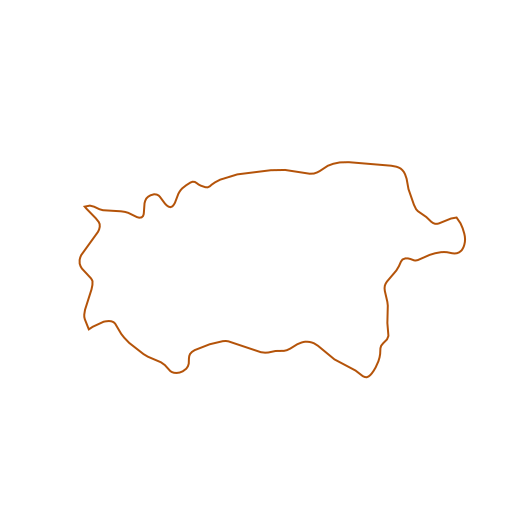 outline of Al Quassim, rotated 32°
{"feature_id": "SAU-846", "entity_name": "Al Quassim", "entity_type": "Region", "adm_level": 1, "iso_a3": "SAU", "parent_name": "Saudi Arabia", "parent_adm1": "", "projection": "mercator", "projection_center": [43.262, 25.97], "detail": "fine", "context": "isolated", "style": "outline", "palette": "amber", "viewbox_px": 512, "rotation_deg": 32, "n_neighbors": 0, "source": "natural_earth", "source_scale": "10m", "svg_char_len": 2680}
<svg xmlns="http://www.w3.org/2000/svg" viewBox="0 0 512 512"><g transform="rotate(32 256 256)"><path d="M405.7,117.1L412.1,119.9L416.6,123.0L420.7,126.6L422.7,128.7L424.4,131.0L425.7,133.4L426.6,135.8L427.2,138.1L427.4,140.1L427.4,141.8L427.4,142.1L427.0,143.5L426.3,145.3L425.0,147.1L423.0,148.7L420.7,149.8L415.9,151.6L413.4,153.0L410.9,154.7L406.4,158.8L402.7,163.0L395.4,173.7L393.7,175.3L392.5,175.9L388.6,176.7L386.2,177.5L384.0,178.8L382.1,181.3L381.9,183.9L382.6,188.9L382.7,193.9L380.6,208.3L380.6,210.7L381.0,212.9L382.1,215.2L383.8,217.4L391.7,225.3L394.1,228.3L402.9,243.2L410.5,253.4L410.7,253.9L411.3,257.3L410.1,262.5L409.7,265.7L410.4,268.3L413.2,273.3L414.5,276.5L415.6,280.5L416.5,287.1L416.6,291.0L416.4,294.2L416.0,296.5L415.3,298.5L414.1,300.2L412.3,301.0L410.2,301.3L401.1,300.4L377.3,302.1L356.1,299.3L351.4,299.3L349.1,299.8L347.0,300.5L345.0,301.5L343.3,302.5L342.0,303.6L340.5,305.2L337.8,308.9L334.1,316.4L332.1,319.5L330.0,321.6L322.9,326.2L317.6,331.3L315.1,333.1L311.1,335.0L277.8,343.0L275.4,344.1L273.0,345.8L263.5,355.4L253.9,368.3L252.5,371.3L252.0,374.0L252.4,376.2L253.4,378.4L256.0,382.9L256.7,385.6L256.6,388.5L255.0,392.6L253.0,395.3L250.6,397.3L248.3,398.5L246.2,399.0L244.3,399.0L236.5,396.8L231.7,396.5L217.6,398.7L212.6,398.8L194.5,396.9L187.5,395.1L183.0,393.5L172.4,388.0L170.3,387.6L168.0,388.0L165.7,389.1L163.0,391.2L161.6,392.5L155.0,402.6L153.1,406.8L144.3,400.3L142.7,398.7L141.4,396.7L139.5,392.2L134.2,371.5L132.6,367.2L130.8,364.2L130.7,364.0L129.5,363.2L127.9,362.4L115.0,358.9L112.7,357.7L110.5,355.9L108.5,352.8L107.7,350.3L107.3,347.9L109.2,319.3L108.9,316.7L108.0,314.0L106.5,311.8L104.6,310.5L100.1,308.9L87.0,305.7L84.6,304.9L88.4,301.3L92.5,300.0L98.4,299.3L101.9,298.3L117.9,289.6L121.6,288.0L124.8,287.1L134.4,286.1L136.7,285.4L138.5,283.9L139.0,282.1L138.7,280.4L138.1,279.0L133.5,270.3L132.8,267.9L132.5,265.4L133.1,262.9L134.4,260.4L136.9,257.6L139.3,256.5L141.4,256.3L143.1,256.7L151.0,259.8L153.4,260.4L155.7,260.5L157.6,259.9L158.8,258.2L159.1,256.2L159.1,254.5L159.0,253.5L157.2,244.4L157.1,242.2L157.2,240.0L157.6,237.7L159.3,233.0L161.5,228.4L162.9,226.6L164.9,225.6L167.1,225.6L169.4,225.8L171.9,225.6L176.6,224.5L178.6,223.4L179.9,221.4L180.6,219.0L182.3,215.1L185.2,210.2L196.9,196.7L223.1,175.4L235.1,167.6L257.9,157.8L261.4,155.4L263.5,152.8L265.0,150.3L269.1,141.4L272.6,136.9L277.5,132.2L284.9,127.3L322.8,107.8L327.7,105.9L330.0,105.4L332.3,105.2L334.6,105.6L336.9,106.4L339.1,107.7L342.8,110.7L349.9,118.5L362.7,128.8L367.0,131.5L369.5,132.2L379.8,132.7L386.5,134.1L388.7,134.2L390.8,133.8L392.6,132.7L393.8,131.5L401.5,120.9L405.7,117.1Z" fill="none" stroke="#b45309" stroke-width="2"/></g></svg>